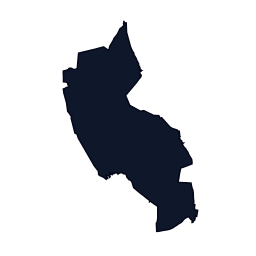 Miacatlán, Morelos, Mexico (Natural Earth projection), rotated 353°
{"feature_id": "50627088B93952904425300", "entity_name": "Miacatlán", "entity_type": "district", "adm_level": 2, "iso_a3": "MEX", "parent_name": "Mexico", "parent_adm1": "Morelos", "projection": "natural_earth1", "projection_center": [-99.34, 18.806], "detail": "fine", "context": "isolated", "style": "filled", "palette": "ink", "viewbox_px": 256, "rotation_deg": 353, "n_neighbors": 0, "source": "geoboundaries", "source_scale": "gbopen_adm2", "svg_char_len": 5512}
<svg xmlns="http://www.w3.org/2000/svg" viewBox="0 0 256 256"><g transform="rotate(353 128 128)"><path d="M72.8,111.2L74.6,125.4L74.6,126.4L76.7,127.9L77.5,132.1L90.0,161.5L92.5,165.7L93.1,166.4L93.4,167.9L93.2,170.1L93.6,171.2L94.2,171.7L98.1,174.1L98.4,174.5L98.8,174.8L99.8,176.0L100.0,176.2L100.3,175.8L100.5,175.6L100.9,175.5L101.7,175.6L101.7,175.3L101.5,174.8L101.1,174.1L101.0,173.5L100.5,172.3L102.5,172.9L103.1,173.0L103.4,173.4L103.5,174.7L103.6,174.8L104.3,174.2L104.3,173.8L104.2,173.1L104.1,172.8L104.2,172.0L104.3,171.4L104.4,170.3L104.5,170.2L105.0,170.9L105.1,171.2L105.3,171.3L105.5,171.6L105.9,171.9L106.5,172.4L106.8,172.0L107.1,172.3L107.1,172.5L107.5,170.8L108.6,171.4L108.8,171.3L109.0,171.4L109.3,171.0L109.6,170.9L109.9,170.8L110.2,170.6L110.3,170.9L110.7,171.2L110.9,171.1L111.1,171.1L111.3,171.0L111.6,171.2L111.5,171.3L112.0,171.1L112.4,172.5L113.6,171.9L114.6,171.5L114.9,171.3L115.3,171.5L115.6,171.5L116.4,171.6L116.7,171.8L116.9,171.9L117.1,171.9L117.6,172.4L118.0,172.9L120.2,173.1L120.3,173.8L120.6,174.8L121.1,176.2L120.9,176.3L121.0,176.8L121.2,177.1L121.6,177.7L121.8,178.0L122.2,178.5L122.6,179.1L122.6,179.3L122.7,179.5L123.7,179.7L124.1,180.0L124.3,180.1L124.4,180.4L124.4,180.5L124.7,181.0L124.9,181.3L125.1,181.3L125.4,182.2L126.1,186.2L126.4,187.8L126.6,188.1L127.1,188.6L127.6,189.2L128.2,189.8L129.9,191.7L134.2,196.1L134.3,196.1L136.1,197.9L137.6,199.6L137.9,199.9L139.0,200.9L140.4,202.2L140.5,202.0L140.5,202.4L140.4,203.8L141.4,203.3L142.2,204.2L144.7,206.5L146.4,208.0L148.0,209.3L146.7,220.1L146.5,221.2L146.1,222.9L145.6,224.6L145.4,224.8L145.1,225.2L144.5,226.2L144.3,229.3L143.9,234.1L144.7,234.2L145.1,234.1L146.0,234.2L146.7,234.2L149.2,234.0L150.0,233.9L150.5,233.9L151.2,233.8L152.0,233.9L152.4,233.9L153.5,233.8L156.4,233.6L157.0,233.5L158.1,233.2L159.5,232.7L160.4,232.5L160.8,232.3L162.6,231.3L164.5,230.4L165.2,230.1L166.1,229.5L167.7,228.8L169.4,228.1L170.2,227.4L171.2,226.5L173.0,224.9L173.8,224.5L174.0,224.4L174.8,224.1L175.1,224.0L176.6,223.4L176.8,223.1L177.6,223.8L178.5,225.1L179.1,226.2L180.1,227.2L180.8,228.0L180.7,228.2L180.5,228.7L180.0,229.1L180.1,229.6L181.1,229.3L181.1,229.0L181.9,228.0L182.7,227.7L183.0,227.5L183.1,227.0L183.1,226.5L183.4,226.3L183.7,225.2L183.6,224.5L183.4,223.7L183.9,223.7L184.3,223.4L184.4,223.6L184.8,223.7L185.0,223.7L184.9,224.0L185.4,224.1L185.6,223.3L186.6,219.9L187.1,218.2L185.9,217.9L184.2,217.3L184.3,216.7L184.2,216.4L184.3,216.1L184.3,215.7L184.3,215.1L184.4,214.3L184.5,214.0L184.8,213.2L185.0,212.4L183.7,211.8L184.2,210.0L184.3,209.3L184.4,207.6L184.3,206.2L184.7,201.9L184.8,200.9L184.8,200.2L184.8,199.4L184.8,197.7L184.2,195.5L184.2,194.9L184.0,193.9L183.9,192.2L183.8,190.3L182.6,190.2L181.4,189.9L180.6,189.8L179.4,189.5L178.0,189.3L177.4,189.2L177.1,189.2L176.1,189.0L175.4,188.8L175.2,189.0L174.4,188.7L171.0,188.1L172.2,184.4L173.5,179.7L175.4,174.1L178.1,173.6L182.0,172.7L185.0,171.9L187.1,171.4L187.4,169.4L187.3,166.8L186.9,165.8L185.7,163.3L185.1,161.9L185.0,161.5L184.9,160.9L184.5,159.5L184.3,159.0L183.3,157.3L183.2,156.7L182.4,155.3L181.5,154.1L181.5,154.3L179.7,150.5L179.6,150.4L179.9,150.6L180.0,150.7L180.5,150.1L181.1,149.7L179.9,149.5L179.8,149.4L179.9,149.2L180.0,149.1L179.6,147.4L179.4,147.2L179.2,146.9L178.1,146.0L177.9,145.9L178.3,145.4L178.3,145.2L177.9,144.9L177.4,144.8L177.3,144.6L178.7,142.7L178.4,142.0L178.3,141.7L178.5,139.8L178.2,138.9L178.5,138.4L178.5,137.6L178.1,137.6L178.0,137.4L177.8,137.3L177.1,137.1L176.7,136.1L173.5,134.6L173.4,134.6L171.8,133.8L169.7,132.1L162.6,121.9L161.1,122.3L160.1,119.5L154.9,118.6L145.8,112.7L142.4,112.9L132.5,105.8L129.5,95.4L142.1,83.7L142.3,83.4L145.4,80.2L147.0,78.7L146.9,78.6L146.6,78.3L146.8,77.9L147.0,77.7L147.4,77.5L147.5,77.3L147.4,77.2L147.4,76.9L147.1,76.8L146.8,76.6L146.6,76.5L146.6,76.4L146.5,75.8L146.5,75.6L146.6,75.4L146.4,74.9L146.5,74.6L146.6,73.4L147.4,73.2L147.6,73.1L148.2,73.0L148.4,72.7L148.4,72.4L148.5,72.4L148.2,72.1L147.8,72.1L147.7,72.0L147.3,71.8L147.1,71.3L147.1,71.1L146.5,71.2L146.5,70.9L147.0,70.6L147.2,70.1L146.9,69.7L147.1,69.4L147.0,69.0L146.8,68.8L146.8,68.7L146.7,68.7L146.8,68.2L146.1,68.3L146.0,67.4L146.1,66.8L145.9,66.6L145.8,66.2L146.0,66.0L146.3,65.9L146.3,65.5L146.2,65.5L146.0,65.3L145.7,64.6L145.9,64.5L145.8,64.2L145.7,63.7L145.6,63.4L145.5,63.1L145.2,62.6L145.0,62.1L144.9,61.8L144.8,61.2L144.6,60.0L144.4,59.5L144.1,59.0L144.0,58.8L143.8,58.4L143.7,57.9L143.5,58.0L143.3,57.6L143.0,57.1L142.8,57.2L142.7,56.7L142.6,56.4L142.8,56.3L142.6,55.9L142.6,55.6L142.6,55.2L142.9,55.1L142.7,54.3L142.5,53.4L141.8,52.6L140.3,47.3L138.2,32.9L139.0,23.5L137.4,23.1L137.1,23.0L137.1,22.0L137.1,21.9L136.9,21.8L136.7,23.0L136.6,23.5L136.4,23.7L136.5,23.8L136.6,24.0L136.5,24.3L136.4,24.5L136.4,24.8L136.4,25.0L136.2,25.4L135.7,26.6L135.4,26.6L132.1,28.6L129.4,32.9L127.7,34.9L126.4,36.1L124.9,37.6L124.1,39.2L120.1,44.3L118.3,48.8L113.7,44.6L102.2,46.1L88.1,47.7L84.8,63.1L83.3,63.3L81.2,63.3L80.7,63.1L80.5,62.9L80.3,62.7L79.8,62.6L79.6,62.5L79.5,62.3L79.5,62.1L79.3,61.9L78.8,61.9L78.4,61.8L77.9,61.6L77.6,61.6L77.2,61.6L76.8,61.8L76.5,61.8L76.1,62.4L75.8,62.9L75.7,62.9L75.4,62.8L75.2,63.0L70.8,63.6L70.8,63.8L70.6,64.3L70.0,71.3L69.8,72.3L69.6,74.3L71.2,74.6L72.0,74.8L72.8,75.2L73.2,75.6L73.8,76.6L73.9,76.9L73.5,77.5L73.6,77.8L74.3,78.4L74.5,78.8L74.6,79.2L74.5,79.5L74.3,79.8L73.8,80.0L73.3,80.1L71.7,80.3L69.9,81.2L68.6,81.4L68.6,85.3L69.3,90.1L70.1,95.4L70.2,104.1L72.4,107.8L72.4,108.3L73.5,109.7L72.8,111.2Z" fill="#0f172a" stroke="#020617" stroke-width="1.5"/></g></svg>